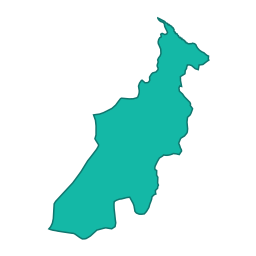 Dar'a, Dar`a, Syria (Robinson projection), rotated 87°
{"feature_id": "27442178B67726505950673", "entity_name": "Dar'a", "entity_type": "district", "adm_level": 2, "iso_a3": "SYR", "parent_name": "Syria", "parent_adm1": "Dar`a", "projection": "robinson", "projection_center": [36.022, 32.622], "detail": "fine", "context": "isolated", "style": "filled", "palette": "teal", "viewbox_px": 256, "rotation_deg": 87, "n_neighbors": 0, "source": "geoboundaries", "source_scale": "gbopen_adm2", "svg_char_len": 4480}
<svg xmlns="http://www.w3.org/2000/svg" viewBox="0 0 256 256"><g transform="rotate(87 128 128)"><path d="M64.4,43.7L63.4,44.2L60.4,43.8L59.5,45.5L58.1,47.0L56.8,48.3L56.7,48.5L56.6,48.8L56.5,49.0L56.4,49.1L56.3,49.4L56.2,49.5L56.1,49.8L55.9,50.1L55.8,50.3L55.7,50.4L55.6,50.5L55.3,51.0L55.1,51.2L55.0,51.4L54.8,51.6L54.7,51.8L54.5,52.0L54.4,52.1L54.2,52.4L54.0,52.6L53.9,52.7L53.7,52.9L53.5,53.0L53.4,53.1L53.2,53.3L52.9,53.5L52.7,53.7L52.6,53.8L52.4,53.9L52.3,54.0L52.2,54.1L51.9,54.3L51.6,54.5L51.4,54.6L51.2,54.7L51.1,54.8L50.7,55.0L50.4,55.1L50.2,55.2L50.1,55.3L49.9,55.4L49.6,55.5L49.3,55.6L49.1,55.6L48.9,55.7L48.7,55.8L48.4,55.9L47.3,57.1L46.7,59.1L46.7,59.3L46.8,59.4L46.9,59.6L47.1,60.1L47.1,61.0L47.0,61.5L47.0,61.9L47.2,62.3L47.2,62.5L47.0,63.6L46.6,64.0L46.3,64.3L46.2,64.5L46.2,64.8L46.2,65.0L46.0,65.3L45.9,65.5L45.7,65.5L45.3,65.7L45.2,65.7L45.1,65.9L45.1,66.2L44.2,66.5L44.1,66.9L44.0,67.1L43.8,67.2L43.5,67.3L43.2,67.5L43.0,68.0L42.4,68.6L42.3,68.8L42.3,69.0L42.5,69.3L42.5,69.5L42.4,69.6L42.2,69.8L41.8,69.7L41.6,69.5L41.4,69.5L41.2,69.6L41.1,69.8L41.2,70.1L41.2,70.4L41.2,70.5L40.9,70.7L40.7,70.9L40.5,71.0L40.3,71.2L40.2,71.2L40.2,71.3L40.3,71.4L40.4,71.5L40.6,71.6L40.4,71.9L40.2,71.9L39.9,72.0L39.7,72.5L39.4,72.6L39.2,72.7L38.8,72.7L38.5,72.8L38.5,73.1L38.3,73.3L38.0,73.4L37.6,73.7L37.5,73.8L36.7,74.0L36.4,74.3L36.3,74.5L36.2,74.7L36.2,74.9L36.2,75.2L36.3,75.4L36.2,75.6L35.9,75.7L35.5,76.0L34.9,75.8L34.7,76.0L34.5,76.3L34.2,76.7L33.8,77.0L33.2,77.0L32.3,76.9L31.7,77.0L31.2,77.5L30.2,77.8L30.0,78.2L29.9,78.6L28.9,79.0L28.7,79.2L28.3,79.9L27.9,80.3L27.8,80.5L27.7,80.8L27.7,81.1L27.6,81.3L27.6,81.5L27.3,81.6L27.0,81.5L26.8,81.6L26.7,81.8L26.7,82.2L26.9,82.6L26.7,82.8L26.4,82.9L26.1,83.0L25.9,83.0L25.7,83.2L25.5,83.5L25.1,84.6L24.4,85.2L23.7,85.6L23.4,86.0L20.4,91.1L19.7,92.4L20.2,92.4L22.0,91.3L23.3,89.9L24.1,88.0L24.3,87.5L25.7,86.3L28.5,86.0L29.6,85.6L34.5,83.5L36.2,84.5L36.4,85.6L36.6,86.3L35.3,89.0L36.1,90.4L36.6,90.3L38.7,90.0L39.5,91.5L41.2,92.7L41.9,92.9L43.6,93.4L45.3,93.3L45.3,93.2L46.8,92.7L50.9,91.2L55.4,91.2L57.6,92.1L59.8,93.9L61.6,94.8L61.9,94.7L63.7,94.4L66.8,95.6L68.3,95.5L69.6,94.8L71.3,95.0L73.5,97.1L74.3,100.5L75.3,101.7L78.3,103.8L81.5,103.8L82.9,104.7L83.7,105.8L83.8,108.6L81.0,111.4L81.2,112.1L83.8,114.1L86.7,115.3L91.4,114.8L93.8,115.1L97.3,116.4L98.3,117.6L99.1,121.4L99.0,125.2L97.9,132.9L98.3,133.9L100.6,135.9L104.5,139.1L107.6,143.0L111.4,151.6L112.6,155.7L113.1,161.7L118.5,160.1L121.8,159.9L123.8,159.8L124.8,159.8L133.3,160.3L137.0,161.6L138.6,160.8L143.1,158.3L144.4,158.4L147.7,160.5L154.4,166.2L158.6,169.9L159.0,170.2L169.0,177.1L173.1,180.4L180.0,186.1L189.9,196.3L197.5,204.1L199.9,205.7L214.6,207.3L219.1,208.5L222.6,210.4L224.6,212.3L225.3,210.8L226.1,208.4L226.7,205.6L227.3,203.4L228.4,198.2L228.7,196.7L229.6,192.2L230.0,190.2L230.4,187.8L231.2,186.4L234.7,182.0L236.4,179.4L236.4,176.8L236.2,175.6L235.1,173.4L233.8,171.1L228.3,164.4L227.9,162.5L226.9,157.8L226.5,155.5L227.8,149.5L225.8,146.1L222.1,145.2L218.7,145.5L214.6,145.7L207.7,146.1L203.2,146.0L200.8,145.6L199.6,143.5L198.6,140.3L198.5,138.3L197.4,132.9L197.2,129.9L203.4,126.9L205.9,126.1L211.6,125.4L213.3,124.1L214.6,121.4L214.8,119.0L214.6,116.2L212.4,114.0L208.6,111.4L205.1,110.2L202.7,109.1L200.5,108.2L197.9,107.6L196.0,105.4L195.3,103.6L194.8,103.9L191.8,103.9L189.7,101.6L188.1,101.4L186.6,100.6L186.4,100.7L184.6,101.3L178.7,100.8L176.7,101.9L172.0,101.6L171.9,101.7L171.0,103.1L169.4,103.4L167.5,102.9L162.9,100.4L159.6,98.2L157.7,94.8L156.8,93.9L156.9,93.7L156.9,93.4L157.0,93.2L157.0,92.9L157.1,92.6L157.1,92.3L157.2,92.1L157.2,91.8L157.2,91.7L157.2,91.4L157.2,91.1L157.3,90.8L157.3,90.7L157.3,90.3L157.3,90.2L157.2,89.9L157.2,89.7L157.2,89.4L157.2,89.2L157.2,88.9L157.2,88.7L157.1,88.3L157.1,88.2L157.0,87.9L157.0,87.7L156.9,87.4L156.9,87.1L156.8,86.9L156.8,86.7L156.7,86.5L156.7,86.4L156.6,86.2L156.5,85.8L156.5,85.6L156.4,85.5L156.4,85.4L156.3,85.2L156.2,84.9L156.1,84.7L156.0,84.4L155.9,84.3L155.9,84.1L156.3,81.2L157.2,78.2L153.8,75.7L152.3,75.9L151.0,76.6L148.8,77.2L145.8,78.2L141.4,76.1L140.7,75.4L138.9,72.0L136.3,69.6L135.1,69.0L132.0,68.5L125.2,68.8L120.4,68.0L118.2,65.3L116.3,64.2L112.2,62.5L111.7,62.7L108.9,64.6L107.2,64.3L105.6,64.9L99.7,70.1L96.9,71.8L94.0,74.7L90.7,75.1L88.8,74.1L89.3,72.3L83.5,73.1L79.4,73.0L76.8,68.3L73.5,67.8L71.6,66.4L70.5,66.3L68.2,65.4L68.2,63.3L68.9,61.3L72.3,57.7L73.4,54.8L68.8,53.7L68.5,49.9L65.6,45.7L64.4,43.7Z" fill="#14b8a6" stroke="#0f766e" stroke-width="1.5"/></g></svg>